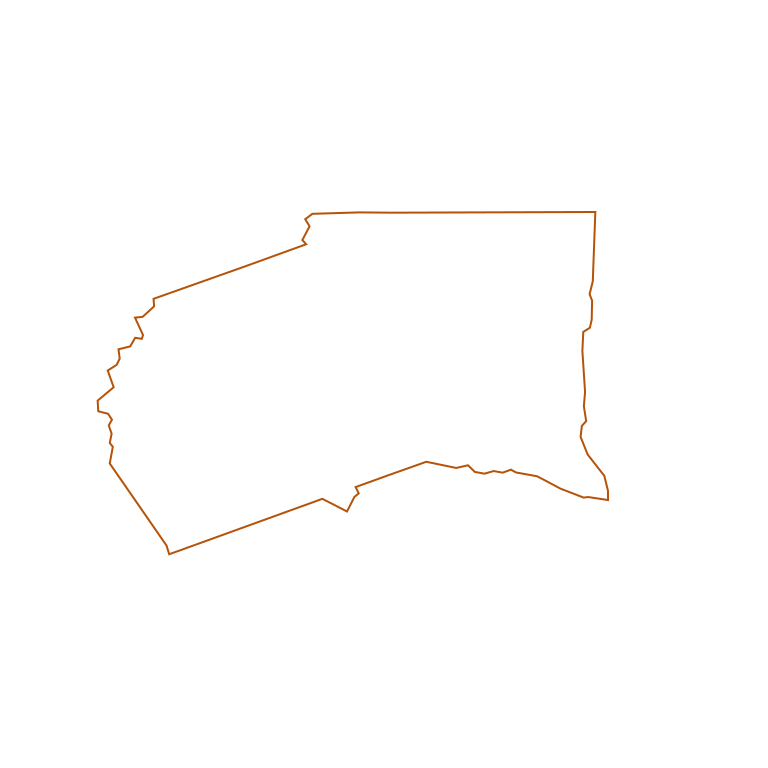 Merced, California, United States of America, rotated 27°
{"feature_id": "52423323B6642778687362", "entity_name": "Merced", "entity_type": "district", "adm_level": 2, "iso_a3": "USA", "parent_name": "United States of America", "parent_adm1": "California", "projection": "equal_earth", "projection_center": [-120.697, 37.187], "detail": "fine", "context": "isolated", "style": "outline", "palette": "amber", "viewbox_px": 768, "rotation_deg": 27, "n_neighbors": 0, "source": "geoboundaries", "source_scale": "gbopen_adm2", "svg_char_len": 993}
<svg xmlns="http://www.w3.org/2000/svg" viewBox="0 0 768 768"><g transform="rotate(27 384 384)"><path d="M269.9,633.2L381.2,514.3L408.9,514.4L408.9,498.2L411.1,492.9L405.5,488.7L429.5,463.1L457.0,434.1L486.5,426.0L495.7,418.3L504.9,421.1L514.2,418.3L521.2,411.8L530.0,409.1L536.0,402.7L541.7,402.9L562.3,396.7L588.8,397.1L613.4,394.6L617.3,392.0L636.3,385.7L632.0,377.4L622.0,365.8L597.5,354.4L583.2,341.9L579.3,331.5L581.0,325.3L572.2,313.1L566.7,299.7L545.7,264.4L537.9,247.1L541.9,240.4L539.9,232.5L531.6,215.3L526.4,210.6L523.4,197.7L494.2,134.8L313.8,227.5L283.9,242.4L242.9,264.9L239.0,272.9L246.1,277.3L245.9,292.8L251.2,294.8L207.9,341.1L140.0,412.7L143.9,419.2L138.4,433.8L132.0,437.9L147.1,449.8L147.7,453.7L141.3,455.8L140.8,465.7L131.7,473.6L137.0,481.4L137.1,488.3L131.7,497.4L144.6,509.6L136.4,528.8L141.8,538.0L151.7,535.8L157.8,539.3L157.6,545.9L163.9,552.0L166.4,561.0L170.9,563.1L175.7,579.3L263.6,626.7L269.9,633.2Z" fill="none" stroke="#b45309" stroke-width="2"/></g></svg>